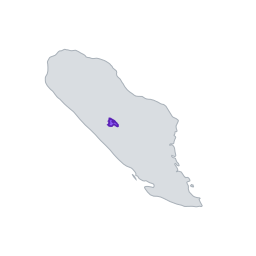 Antsirabe II, Vakinankaratra, Madagascar (highlighted), rotated 120°
{"feature_id": "10022922B65379850816186", "entity_name": "Antsirabe II", "entity_type": "district", "adm_level": 2, "iso_a3": "MDG", "parent_name": "Madagascar", "parent_adm1": "Vakinankaratra", "projection": "natural_earth1", "projection_center": [47.084, -19.841], "detail": "fine", "context": "in_parent", "style": "filled", "palette": "violet", "viewbox_px": 256, "rotation_deg": 120, "n_neighbors": 0, "source": "geoboundaries", "source_scale": "gbopen_adm2", "svg_char_len": 5636}
<svg xmlns="http://www.w3.org/2000/svg" viewBox="0 0 256 256"><g transform="rotate(120 128 128)"><path d="M162.5,30.3L163.1,31.9L163.8,33.4L166.0,37.1L166.9,38.5L167.7,40.0L168.1,43.0L169.5,47.7L170.7,54.8L171.1,62.0L171.5,65.4L172.5,68.5L174.2,71.7L174.7,75.3L173.7,79.0L172.2,82.5L171.8,83.2L171.1,84.1L170.8,84.1L169.6,83.2L168.7,81.7L167.4,78.2L167.0,76.4L166.5,76.2L165.1,76.3L164.0,77.4L163.8,78.1L164.1,80.1L164.5,81.8L164.6,83.6L164.6,85.9L165.0,86.6L165.6,87.1L166.2,88.6L166.3,92.1L165.9,93.9L164.9,95.4L164.9,96.3L165.3,97.2L164.9,97.7L163.6,98.3L163.1,98.9L162.3,100.5L161.2,103.7L161.0,105.3L161.7,110.2L161.5,113.7L160.0,120.4L159.1,123.6L157.9,127.4L156.0,132.4L154.2,138.7L152.6,145.1L151.4,149.0L150.1,152.8L148.3,159.6L146.8,166.5L144.5,174.0L141.4,182.5L141.1,183.6L140.4,187.9L139.7,191.6L138.9,195.3L137.1,201.4L136.9,203.3L136.5,205.1L134.9,209.0L134.2,210.4L133.7,211.9L133.4,213.8L132.9,215.7L131.7,219.1L129.9,222.0L128.6,223.1L125.9,224.7L124.6,225.0L121.6,225.0L118.7,225.9L115.6,227.6L112.7,229.5L111.6,230.5L110.4,231.0L106.5,231.1L105.4,230.7L101.5,227.5L100.0,227.0L97.2,226.5L96.3,226.2L95.5,225.8L94.4,224.2L92.1,222.7L91.6,222.3L91.2,221.3L91.0,220.3L90.4,219.1L89.9,216.9L89.2,215.3L87.0,212.5L86.8,211.6L86.6,208.7L86.7,206.7L86.5,203.1L86.7,201.4L87.4,199.8L87.1,198.2L86.3,196.4L86.0,194.6L85.4,193.0L83.2,190.0L82.7,188.5L82.3,187.0L81.4,182.3L81.3,180.7L81.4,177.2L81.7,175.4L82.2,174.2L82.4,173.2L82.7,172.4L83.2,171.8L83.6,171.0L84.4,166.6L85.4,165.6L86.9,165.0L88.2,163.9L88.9,162.3L89.6,159.1L91.5,155.9L92.2,154.2L93.8,151.6L95.2,148.1L95.6,146.4L95.9,144.6L96.2,140.8L96.5,139.0L96.4,137.1L95.6,135.2L93.7,131.7L93.6,131.0L93.8,128.4L93.6,126.6L92.9,124.7L92.0,123.0L91.1,119.7L90.6,114.2L90.7,112.3L90.4,110.5L89.8,108.9L90.2,106.0L95.9,95.4L96.1,94.2L95.8,91.0L96.0,89.1L96.2,88.4L96.6,88.0L97.6,87.8L102.2,87.4L102.8,87.0L104.0,86.2L105.6,84.4L106.3,84.0L106.9,84.1L107.3,84.9L107.8,85.3L109.7,84.5L110.4,84.5L111.2,84.6L111.5,83.9L111.7,82.9L112.0,82.2L112.5,81.9L114.9,81.7L116.4,81.4L118.4,80.7L118.9,80.8L120.5,83.3L121.0,83.5L121.6,83.6L122.1,83.1L120.8,81.9L120.6,81.1L120.7,80.3L121.4,78.6L122.6,77.3L125.2,75.3L127.8,72.9L128.6,72.8L129.3,73.2L129.8,75.9L129.7,76.3L130.2,76.4L130.7,76.1L131.1,75.0L131.1,74.0L130.8,73.2L130.6,72.4L130.6,71.7L132.0,70.1L133.0,68.6L133.5,66.7L134.0,65.9L135.1,64.9L135.4,65.1L135.7,65.8L135.8,66.7L135.6,67.5L135.1,68.3L135.0,69.4L135.6,69.6L136.2,69.3L137.1,67.4L138.1,65.5L138.7,64.6L139.5,63.9L140.7,64.0L141.9,64.4L140.0,62.5L139.5,59.8L141.8,55.2L141.9,54.2L142.2,54.0L142.4,53.6L141.1,52.0L140.9,51.2L141.1,50.1L141.7,49.0L142.2,48.3L142.9,48.0L143.5,48.4L144.9,49.7L145.7,49.9L146.8,48.7L147.7,47.1L149.0,46.1L150.5,45.4L152.8,43.0L154.3,37.9L154.4,36.5L154.1,34.7L153.6,33.0L152.7,30.9L152.9,30.4L154.2,30.7L154.6,30.4L156.0,28.5L158.2,24.9L159.0,24.9L159.6,25.6L159.8,26.6L160.3,27.3L161.8,29.0L162.5,30.3ZM146.9,44.5L146.9,45.0L145.2,44.8L144.9,42.9L145.8,42.8L145.9,42.0L146.5,42.0L147.0,43.7L146.9,44.5ZM167.5,98.5L166.0,101.3L166.4,99.0L168.2,95.6L168.6,95.3L167.5,98.5Z" fill="#d9dde1" stroke="#a8b0b8" stroke-width="1"/><path d="M128.7,148.4L128.8,148.5L128.8,148.8L128.9,149.0L129.1,148.9L129.2,149.0L129.3,149.1L129.4,149.3L129.4,149.2L129.4,148.9L129.4,148.7L129.5,148.6L129.5,148.8L129.8,148.8L129.9,148.7L130.1,148.5L130.1,148.4L130.3,148.3L130.5,148.3L130.7,148.2L130.8,148.3L131.0,148.3L131.5,148.3L131.8,148.4L131.8,148.2L131.8,147.9L131.7,147.7L131.8,147.5L131.8,147.4L131.9,147.2L132.1,147.1L132.2,146.9L132.3,146.9L132.4,147.1L132.5,147.0L132.5,146.9L132.8,146.9L132.9,147.0L133.0,146.8L133.3,146.8L133.3,146.6L133.5,146.7L133.8,146.6L134.0,146.5L134.3,146.8L134.5,146.8L134.8,146.9L135.0,147.0L135.3,147.1L135.3,146.9L135.3,146.7L135.4,146.3L135.3,146.2L135.4,145.9L135.3,145.7L135.2,145.7L135.4,145.5L135.6,145.5L135.6,145.4L135.7,145.2L135.5,144.9L135.4,144.7L135.2,144.7L135.1,144.4L135.2,144.2L134.9,144.0L134.8,143.9L134.8,143.7L134.7,143.6L134.7,143.4L134.7,143.2L134.5,142.9L134.4,142.8L134.2,142.7L133.9,142.6L133.7,142.6L133.3,142.5L133.2,142.5L132.9,142.5L132.8,142.4L132.7,142.5L132.4,142.6L132.2,142.6L131.9,142.5L131.8,142.4L131.8,142.2L131.8,141.9L131.8,141.6L131.8,141.4L131.9,141.2L131.9,140.9L131.9,140.7L132.0,140.5L131.9,140.4L131.8,140.1L131.9,139.9L132.0,139.9L131.9,139.7L132.0,139.6L132.0,139.4L132.0,139.2L132.1,138.8L132.0,138.7L132.1,138.4L132.0,138.2L131.9,138.1L131.9,137.9L131.9,137.7L131.6,137.5L131.4,137.6L131.2,137.8L131.1,137.7L131.0,137.8L130.8,137.9L130.7,137.9L130.5,138.0L130.3,138.1L130.3,138.3L130.3,138.5L130.1,138.6L129.9,139.1L129.9,139.4L129.9,139.6L129.9,139.8L129.7,139.9L129.7,140.0L129.4,140.2L129.4,140.4L129.4,140.5L129.5,140.6L129.5,140.8L129.3,140.9L129.2,141.0L129.2,141.4L129.2,141.5L128.9,142.2L128.8,142.3L128.7,142.4L128.7,142.5L128.8,142.7L128.9,143.0L128.7,143.1L128.6,143.3L128.8,143.5L128.7,143.6L128.5,143.8L128.5,144.0L128.7,144.3L128.6,144.8L128.5,145.0L128.5,145.3L128.4,145.4L128.4,145.5L128.5,145.8L128.6,146.0L128.6,146.3L128.6,146.5L128.6,146.8L128.8,146.9L128.9,147.1L128.8,147.3L128.6,147.5L128.4,147.6L128.4,147.8L128.6,148.1L128.7,148.3L128.7,148.4ZM129.5,142.9L129.5,143.0L129.8,143.2L129.9,143.3L130.0,143.3L130.3,143.4L130.5,143.6L130.5,143.8L130.6,144.0L130.6,144.3L130.4,144.6L130.4,144.9L130.3,145.0L130.2,145.0L130.2,144.9L130.0,145.1L129.9,145.1L129.9,144.9L129.7,144.8L129.4,144.9L129.4,144.7L129.3,144.3L129.2,144.3L129.3,144.3L129.2,144.3L129.3,144.3L129.3,144.2L129.2,144.2L128.9,144.0L128.9,143.9L129.0,143.8L129.0,143.7L129.1,143.4L129.2,143.2L129.3,143.1L129.5,142.9Z" fill="#8b5cf6" stroke="#5b21b6" stroke-width="1.5"/></g></svg>